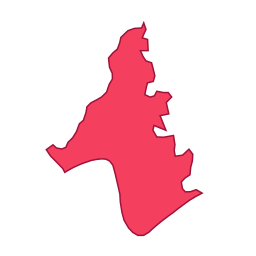 the district of Barra do Guarita, Rio Grande do Sul, Brazil, rotated 185°
{"feature_id": "56859067B90277540164960", "entity_name": "Barra do Guarita", "entity_type": "district", "adm_level": 2, "iso_a3": "BRA", "parent_name": "Brazil", "parent_adm1": "Rio Grande do Sul", "projection": "robinson", "projection_center": [-53.764, -27.213], "detail": "fine", "context": "isolated", "style": "filled", "palette": "rose", "viewbox_px": 256, "rotation_deg": 185, "n_neighbors": 0, "source": "geoboundaries", "source_scale": "gbopen_adm2", "svg_char_len": 1418}
<svg xmlns="http://www.w3.org/2000/svg" viewBox="0 0 256 256"><g transform="rotate(185 128 128)"><path d="M48.5,69.6L54.7,72.5L60.5,69.9L65.4,69.4L68.5,72.4L70.2,78.9L66.8,83.2L62.2,86.8L62.1,94.5L61.0,100.9L61.2,107.5L65.4,112.2L71.3,105.7L78.5,104.0L80.0,109.6L79.8,115.5L82.0,124.5L91.8,121.9L98.5,121.6L103.0,128.0L102.3,132.8L90.0,129.0L97.1,143.1L88.6,145.6L92.1,156.7L87.2,162.7L91.0,166.8L95.7,166.4L102.5,167.1L104.5,162.3L108.7,160.7L114.1,162.7L113.6,167.7L112.6,174.6L106.9,176.6L105.8,182.3L108.2,189.4L110.2,195.0L116.1,196.5L119.3,200.6L122.4,206.1L114.7,206.8L116.2,217.9L121.7,219.1L118.7,227.8L121.5,234.1L123.2,228.8L130.3,227.8L136.6,224.9L143.0,217.6L143.6,212.5L145.4,205.8L149.7,201.4L153.5,196.0L151.7,186.9L148.4,181.0L147.8,175.4L150.4,170.2L152.5,161.8L157.2,156.4L161.7,153.3L167.2,149.8L170.7,145.6L171.2,139.7L173.1,131.8L176.8,128.0L179.0,119.9L182.3,113.4L186.5,108.5L188.2,103.4L192.1,101.3L197.6,101.9L201.3,104.7L207.5,99.3L202.9,93.5L196.5,88.1L189.5,82.0L187.1,78.3L183.8,80.7L179.2,83.8L172.9,87.4L168.8,89.4L161.7,92.5L156.5,94.0L151.3,95.0L147.2,95.0L143.4,93.5L139.8,89.6L136.9,81.7L134.8,75.3L133.1,70.1L130.3,61.3L129.2,53.6L126.7,43.6L123.9,35.8L118.7,28.5L114.1,24.4L108.8,21.9L103.1,22.4L98.1,26.0L94.9,29.6L91.8,32.8L87.5,37.1L80.4,43.6L75.4,47.9L71.9,51.3L67.4,55.3L63.8,58.5L59.9,61.8L54.8,65.5L48.5,69.6Z" fill="#f43f5e" stroke="#9f1239" stroke-width="1.5"/></g></svg>